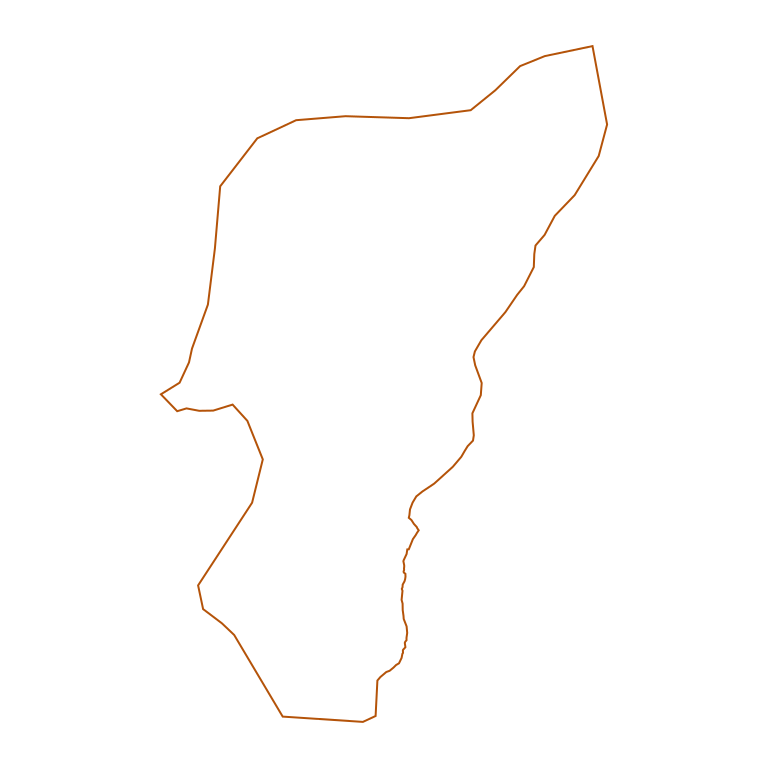 the district of Orolu, Osun, Nigeria
{"feature_id": "59680162B59567965419701", "entity_name": "Orolu", "entity_type": "district", "adm_level": 2, "iso_a3": "NGA", "parent_name": "Nigeria", "parent_adm1": "Osun", "projection": "robinson", "projection_center": [4.479, 7.891], "detail": "fine", "context": "isolated", "style": "outline", "palette": "amber", "viewbox_px": 768, "rotation_deg": 0, "n_neighbors": 0, "source": "geoboundaries", "source_scale": "gbopen_adm2", "svg_char_len": 1587}
<svg xmlns="http://www.w3.org/2000/svg" viewBox="0 0 768 768"><path d="M160.9,394.3L177.2,411.2L186.5,408.4L199.2,410.8L213.2,410.6L232.6,404.6L247.4,420.9L249.3,425.7L262.8,459.4L252.1,502.7L198.1,585.4L203.1,609.1L221.9,623.3L234.2,635.0L282.7,716.6L362.9,721.9L375.6,716.0L377.4,680.5L380.4,677.0L386.3,672.0L389.6,670.8L393.5,667.6L396.1,665.0L399.0,663.3L401.6,657.9L402.1,655.3L402.4,653.8L403.0,652.9L402.9,650.4L403.2,649.6L404.2,648.6L405.4,647.2L404.8,642.9L405.3,641.6L406.5,640.3L406.5,637.8L407.2,632.9L406.6,626.4L403.7,618.9L403.5,615.9L402.7,610.0L402.6,603.6L401.6,599.9L402.5,590.8L401.8,588.9L402.5,587.3L402.7,584.6L404.5,581.3L405.1,579.3L405.5,576.7L405.4,573.8L403.8,572.5L403.6,571.3L404.0,570.4L404.1,569.6L404.0,568.3L404.2,567.0L404.2,565.3L403.4,561.3L403.6,560.4L406.6,554.0L407.3,549.4L408.8,549.3L412.9,539.1L415.7,535.1L416.9,533.0L418.7,530.3L417.3,528.3L416.8,527.1L413.9,523.9L411.4,520.0L408.8,517.8L409.4,515.2L410.0,509.4L412.6,502.6L416.3,496.4L422.4,491.5L434.2,483.6L452.8,466.8L461.3,456.8L464.6,451.1L467.7,446.1L473.0,440.6L473.8,435.3L472.6,421.7L472.4,413.3L480.8,395.2L481.7,383.0L475.2,365.3L473.5,357.1L474.9,351.4L481.4,340.2L505.4,312.1L517.2,294.8L524.1,286.2L533.8,267.1L534.3,254.0L535.5,245.5L544.6,234.9L554.8,215.8L574.7,195.1L598.7,156.0L607.1,124.5L592.5,46.1L544.8,56.1L520.1,66.1L495.4,90.2L470.7,110.2L447.5,113.2L409.0,118.2L345.5,116.2L296.1,120.2L257.3,138.3L247.4,151.1L228.7,175.3L220.2,186.3L214.9,248.5L207.9,304.6L192.0,348.6L189.0,362.4L179.6,382.7L160.9,394.3Z" fill="none" stroke="#b45309" stroke-width="2"/></svg>